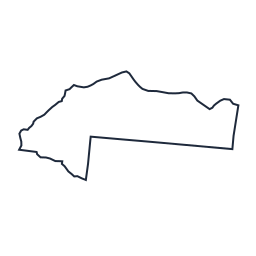 Jataizinho, Paraná, Brazil, rotated 96°
{"feature_id": "56859067B55584506213849", "entity_name": "Jataizinho", "entity_type": "district", "adm_level": 2, "iso_a3": "BRA", "parent_name": "Brazil", "parent_adm1": "Paraná", "projection": "equal_earth", "projection_center": [-50.925, -23.248], "detail": "fine", "context": "isolated", "style": "outline", "palette": "slate", "viewbox_px": 256, "rotation_deg": 96, "n_neighbors": 0, "source": "geoboundaries", "source_scale": "gbopen_adm2", "svg_char_len": 1185}
<svg xmlns="http://www.w3.org/2000/svg" viewBox="0 0 256 256"><g transform="rotate(96 128 128)"><path d="M184.1,164.5L168.0,164.0L144.3,164.2L140.5,164.2L139.9,130.4L139.5,110.5L139.2,93.5L138.1,22.0L124.7,22.2L93.9,20.6L92.9,26.0L89.2,29.6L89.2,35.6L91.2,39.1L94.6,42.9L96.7,44.9L99.0,46.2L100.7,48.8L93.5,61.9L89.6,65.3L87.0,68.6L86.5,73.1L87.0,77.5L88.0,80.8L88.6,84.7L89.2,91.2L88.7,97.6L88.3,103.4L89.0,111.8L87.6,117.7L85.8,120.4L84.1,122.5L81.3,125.5L79.4,127.3L73.5,132.4L71.9,135.5L73.4,139.8L80.6,152.0L82.7,159.2L85.1,164.0L87.9,167.1L89.6,169.6L91.2,172.5L92.2,176.2L91.8,182.8L90.9,186.3L93.3,188.4L95.5,190.2L97.2,194.0L100.2,194.2L102.8,194.5L105.7,196.5L108.2,196.7L109.3,199.6L112.7,202.9L115.0,205.5L118.6,208.7L120.8,210.5L123.5,212.6L126.0,216.1L127.9,219.6L131.5,222.5L133.7,222.8L136.2,224.3L138.2,226.3L140.3,227.6L140.2,231.6L141.7,234.0L145.0,235.4L149.3,234.0L152.7,232.7L156.5,232.2L161.0,234.0L161.4,216.4L163.6,215.6L166.3,211.9L165.9,206.5L166.5,202.4L168.5,196.8L168.2,193.6L168.0,189.9L170.6,190.0L172.6,187.1L174.7,185.2L177.4,182.8L179.7,179.2L181.8,176.4L181.2,173.3L182.9,168.7L184.1,164.5Z" fill="none" stroke="#1e293b" stroke-width="2"/></g></svg>